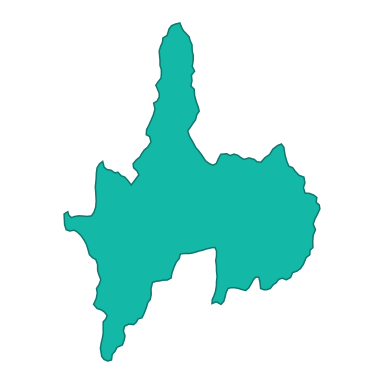 outline of Perdões, Minas Gerais, Brazil
{"feature_id": "56859067B51659935012852", "entity_name": "Perdões", "entity_type": "district", "adm_level": 2, "iso_a3": "BRA", "parent_name": "Brazil", "parent_adm1": "Minas Gerais", "projection": "equal_earth", "projection_center": [-45.073, -21.063], "detail": "fine", "context": "isolated", "style": "filled", "palette": "teal", "viewbox_px": 384, "rotation_deg": 0, "n_neighbors": 0, "source": "geoboundaries", "source_scale": "gbopen_adm2", "svg_char_len": 3272}
<svg xmlns="http://www.w3.org/2000/svg" viewBox="0 0 384 384"><path d="M281.4,144.0L277.6,145.5L272.9,149.1L269.6,154.5L264.8,157.8L261.0,162.2L257.0,161.8L254.3,159.4L249.0,157.9L243.9,159.4L240.7,157.5L237.8,155.3L234.0,154.1L230.1,155.6L226.7,153.7L220.8,154.3L218.1,159.3L216.4,163.4L213.1,165.2L209.4,163.7L205.6,160.9L202.0,155.4L199.0,151.3L195.8,147.6L192.8,142.0L189.6,136.5L187.7,130.9L190.4,127.2L192.8,123.6L195.5,119.9L196.8,114.7L199.2,111.3L198.3,107.2L196.3,101.9L194.6,95.5L194.2,89.2L190.9,86.0L192.0,80.6L191.4,75.2L194.6,71.2L192.2,66.4L193.2,60.4L193.3,55.7L192.2,50.9L192.0,44.7L190.2,40.9L189.1,36.8L186.4,33.8L183.5,30.9L181.7,27.6L179.9,23.0L175.5,24.0L171.7,25.6L169.1,28.8L167.1,35.5L162.9,38.0L162.5,42.1L160.6,46.4L159.2,50.9L159.5,55.0L160.0,60.1L160.0,65.5L161.3,69.4L161.4,73.5L161.0,78.2L158.1,81.8L155.8,85.3L157.6,89.2L159.2,93.2L159.2,97.1L157.0,101.2L153.6,103.1L155.0,109.0L153.3,115.0L150.5,121.6L148.4,126.2L146.6,129.6L146.2,134.7L149.6,136.5L151.0,141.9L147.8,147.0L144.3,150.0L141.9,153.4L139.8,157.1L136.3,159.9L133.1,163.8L133.6,167.8L137.1,171.1L138.9,174.9L136.5,177.9L134.2,181.1L131.2,185.0L127.8,180.5L124.8,177.1L121.2,175.8L117.9,172.2L115.0,173.0L111.0,170.2L107.0,169.6L104.1,167.1L102.7,161.4L99.6,163.8L97.1,167.8L96.4,172.7L96.1,179.4L95.3,187.0L95.8,193.4L96.2,201.0L95.7,207.1L93.9,212.3L91.4,215.9L87.3,216.4L83.3,216.1L79.1,215.8L75.0,216.4L71.5,217.6L68.8,215.3L67.8,211.7L64.1,214.0L64.3,218.7L64.6,224.6L66.2,229.7L69.6,231.0L74.2,230.2L77.3,232.0L81.1,235.7L84.3,240.4L86.4,244.3L87.9,249.1L89.4,254.6L92.6,257.8L95.8,259.5L97.6,264.5L97.6,270.5L98.7,274.2L100.8,279.8L99.0,284.7L96.5,288.5L97.3,293.1L96.2,298.6L93.6,304.4L97.1,308.5L101.5,310.0L104.6,312.2L107.2,315.6L105.7,319.2L103.2,321.8L103.2,326.2L103.2,333.7L102.4,338.2L101.2,343.1L100.4,348.4L101.1,352.5L101.7,356.4L104.0,359.4L107.7,361.0L111.5,360.0L112.2,354.4L114.9,351.4L117.1,347.2L122.4,345.0L124.2,340.0L125.0,335.8L123.4,331.1L124.5,326.3L128.9,324.1L133.7,324.6L136.3,322.2L138.2,318.8L142.0,317.8L144.1,313.4L146.3,307.7L147.7,302.7L150.2,299.5L151.2,294.6L151.0,288.7L152.5,282.5L156.3,281.2L159.2,281.0L162.9,280.2L167.4,280.0L171.1,278.0L171.9,273.1L174.1,266.9L176.3,262.1L179.2,258.5L180.4,253.9L184.6,253.5L189.5,253.5L192.8,252.9L196.0,252.0L199.0,251.0L202.3,250.3L206.9,248.8L211.7,247.7L214.9,247.5L216.5,250.9L216.5,256.1L215.7,260.6L216.4,265.7L216.5,271.2L217.1,276.7L216.5,281.2L216.4,286.0L215.4,291.8L213.9,296.0L212.3,299.5L212.0,303.6L216.3,301.8L221.0,304.4L223.7,301.5L225.0,297.4L226.0,292.8L228.0,288.5L230.9,287.7L234.2,287.7L238.1,288.3L242.1,289.6L245.8,290.5L248.7,287.9L251.2,283.8L253.3,279.8L255.7,277.2L258.8,277.2L260.0,282.5L260.6,288.5L263.7,289.7L266.7,289.7L270.3,288.5L273.2,284.7L275.9,283.0L278.8,279.3L282.3,278.2L286.4,279.8L290.6,277.4L292.6,272.6L296.8,271.2L300.5,268.6L303.5,264.1L306.1,257.6L309.8,254.8L310.0,250.3L312.9,247.6L312.7,241.9L313.2,235.1L315.5,229.7L313.2,224.1L315.0,218.8L317.2,214.7L319.9,208.9L319.2,204.8L316.2,202.4L316.8,197.5L313.4,194.9L309.1,193.3L305.1,193.2L303.4,187.6L304.9,182.9L303.9,177.1L299.0,175.3L295.1,171.2L292.6,167.6L288.9,166.3L286.8,161.4L285.2,155.6L284.4,151.3L283.9,147.4L281.4,144.0Z" fill="#14b8a6" stroke="#0f766e" stroke-width="1.5"/></svg>